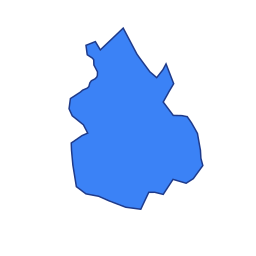 the district of Lubumbashi, Katanga, Democratic Republic of the Congo, rotated 306°
{"feature_id": "63176286B7033307846906", "entity_name": "Lubumbashi", "entity_type": "district", "adm_level": 2, "iso_a3": "COD", "parent_name": "Democratic Republic of the Congo", "parent_adm1": "Katanga", "projection": "albers", "projection_center": [27.484, -11.656], "detail": "fine", "context": "isolated", "style": "filled", "palette": "blue", "viewbox_px": 256, "rotation_deg": 306, "n_neighbors": 0, "source": "geoboundaries", "source_scale": "gbopen_adm2", "svg_char_len": 1018}
<svg xmlns="http://www.w3.org/2000/svg" viewBox="0 0 256 256"><g transform="rotate(306 128 128)"><path d="M158.9,63.4L155.5,70.3L152.6,72.3L150.8,72.8L148.3,72.4L147.1,71.8L144.7,70.6L143.4,70.6L142.1,70.6L140.0,71.4L138.5,72.0L137.3,71.8L136.1,71.5L131.9,69.0L130.1,68.6L129.1,68.4L118.0,64.1L108.9,69.0L106.8,72.7L105.1,75.7L104.4,90.0L102.5,93.8L100.2,98.4L94.9,95.3L82.5,90.9L76.9,95.3L65.7,105.1L50.2,120.7L50.0,132.7L54.4,142.0L55.5,144.3L57.9,155.4L62.5,172.5L62.6,172.8L69.8,186.1L75.5,185.0L88.2,182.6L91.7,187.4L95.0,195.5L112.9,194.6L117.5,207.5L120.8,208.8L125.4,210.6L141.6,210.6L146.3,204.8L152.8,199.5L153.3,198.9L164.4,187.4L166.2,183.6L169.5,176.3L170.0,174.9L172.0,169.2L171.8,168.9L169.7,164.3L164.9,157.4L164.8,157.2L169.7,141.2L179.0,140.1L181.1,139.8L190.7,138.9L202.2,121.1L195.7,122.0L185.6,121.6L186.3,112.7L191.6,95.9L193.0,91.8L206.0,65.4L174.9,59.7L178.7,50.8L170.2,45.4L164.4,50.9L163.3,52.0L163.6,58.0L163.1,60.1L158.9,63.4Z" fill="#3b82f6" stroke="#1e3a8a" stroke-width="1.5"/></g></svg>